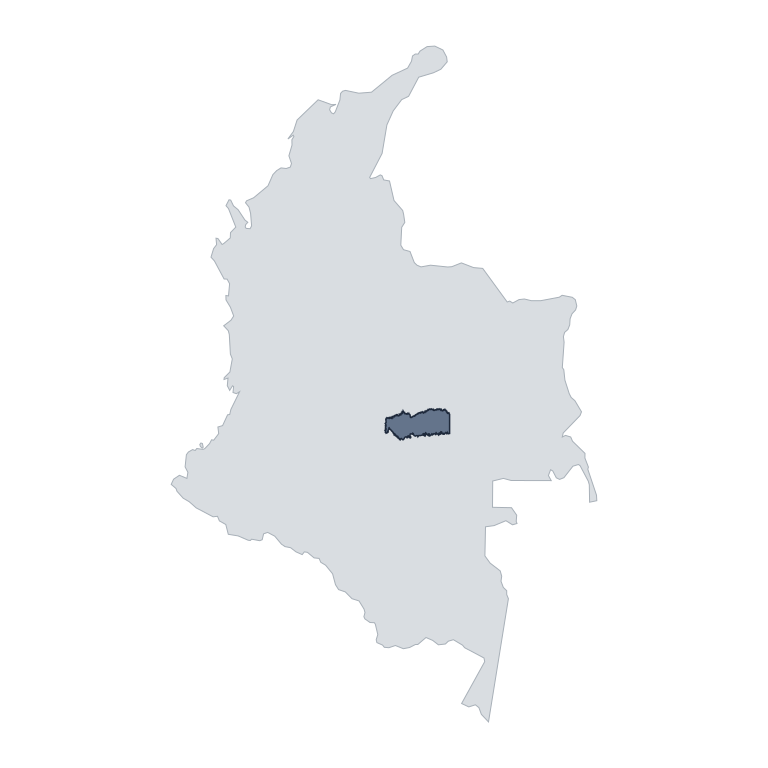 Mapiripán, Meta, Colombia (highlighted)
{"feature_id": "7082276B47302113121733", "entity_name": "Mapiripán", "entity_type": "district", "adm_level": 2, "iso_a3": "COL", "parent_name": "Colombia", "parent_adm1": "Meta", "projection": "natural_earth1", "projection_center": [-72.385, 3.106], "detail": "fine", "context": "in_parent", "style": "filled", "palette": "slate", "viewbox_px": 768, "rotation_deg": 0, "n_neighbors": 0, "source": "geoboundaries", "source_scale": "gbopen_adm2", "svg_char_len": 9603}
<svg xmlns="http://www.w3.org/2000/svg" viewBox="0 0 768 768"><path d="M440.9,69.2L433.4,72.8L418.7,77.2L408.6,96.3L401.7,99.6L393.2,110.9L386.9,124.9L382.1,153.4L369.6,177.5L370.6,178.6L375.6,177.5L380.3,174.9L382.0,175.7L383.7,179.9L389.5,181.0L394.0,200.5L402.7,210.5L403.6,214.3L404.8,222.4L401.7,227.3L400.8,245.2L403.5,249.7L410.0,251.5L414.3,262.6L417.0,265.2L421.0,266.9L430.5,265.2L447.7,267.0L451.8,266.7L461.4,262.9L473.6,267.6L482.7,268.4L507.2,302.0L509.7,301.1L512.8,303.0L519.0,299.6L524.4,299.0L531.4,300.7L540.7,300.7L559.3,297.2L562.1,295.3L572.3,297.3L575.3,299.7L576.8,306.0L575.6,309.9L572.0,313.8L570.1,318.8L569.7,324.9L567.9,329.5L564.6,332.4L563.4,336.6L564.1,342.2L562.3,367.6L563.8,369.7L564.9,380.1L569.2,393.6L571.2,397.5L574.9,400.7L581.5,411.8L580.0,415.6L563.2,433.0L562.3,437.0L565.5,435.4L570.7,437.0L572.5,441.2L585.0,453.4L584.9,458.0L588.4,467.1L587.8,469.2L596.5,495.2L596.8,500.7L589.6,502.2L589.3,484.8L588.3,481.2L580.1,465.7L578.4,464.5L572.9,466.2L563.9,477.7L559.6,479.4L556.3,477.8L552.8,471.0L550.6,469.7L548.4,475.5L551.2,480.6L511.2,480.5L503.4,478.4L492.7,481.0L492.5,507.3L511.5,507.7L516.7,515.2L516.2,521.4L517.0,523.5L512.5,524.8L505.9,520.7L494.1,525.6L485.5,526.8L484.9,555.9L490.1,563.1L500.2,570.9L501.7,576.2L501.0,581.2L503.3,587.4L506.7,590.7L506.7,594.5L508.4,598.7L488.5,721.9L481.4,714.4L478.9,707.6L475.4,704.8L468.8,706.9L461.6,703.5L484.7,661.7L484.0,658.0L464.6,647.7L462.6,645.2L453.4,639.7L448.3,641.2L445.4,644.0L438.4,644.8L432.7,640.4L426.0,637.5L417.8,644.5L415.4,644.5L409.6,647.5L403.4,648.7L395.4,645.5L388.9,647.7L384.3,647.3L382.6,645.1L376.9,642.6L376.2,639.7L377.8,634.6L375.4,624.4L374.4,622.7L370.0,622.5L364.9,618.9L363.9,616.7L365.0,612.5L364.0,609.0L359.0,600.9L352.0,598.7L345.3,591.9L338.6,589.6L335.5,584.7L332.6,573.8L325.6,565.2L320.8,562.3L319.1,558.4L314.1,557.9L307.4,552.3L304.3,551.9L302.2,554.6L295.9,551.8L290.6,547.7L285.0,546.6L281.4,544.1L274.8,536.2L267.7,532.4L263.6,533.8L262.2,539.7L259.8,540.7L251.6,539.2L250.3,540.5L248.1,540.2L238.1,535.9L228.3,534.3L225.8,524.5L219.4,520.9L217.5,516.3L213.1,516.8L196.2,507.9L189.2,501.7L183.2,498.2L177.0,491.3L176.0,488.5L171.2,484.4L173.6,479.2L179.4,475.3L186.9,478.4L187.9,472.3L185.1,466.9L186.4,454.7L188.4,452.0L192.6,449.6L195.2,450.5L196.8,448.5L203.0,449.4L204.8,448.6L209.5,443.7L211.6,439.8L213.7,440.2L218.7,433.6L217.9,427.0L222.6,425.6L227.6,414.8L229.7,414.5L230.9,409.4L239.6,391.7L236.4,393.7L233.0,392.5L233.6,386.5L232.5,385.8L229.7,390.4L227.3,385.7L228.0,378.1L224.0,379.5L224.2,377.7L229.9,372.0L232.3,358.9L230.4,354.1L229.3,334.5L228.3,330.7L223.7,325.8L231.0,320.2L233.7,316.0L230.4,307.2L226.0,299.9L225.9,295.5L228.5,295.9L229.6,283.7L227.1,279.1L224.1,279.0L214.4,260.9L211.0,257.2L213.6,248.6L216.6,244.7L216.0,238.2L217.9,238.5L222.1,244.5L223.8,243.5L230.3,237.9L230.5,232.6L235.8,227.1L228.5,208.6L226.0,205.7L229.0,199.8L230.7,200.1L233.5,205.9L238.1,209.7L244.9,220.0L247.8,222.3L245.7,224.6L245.2,227.0L246.2,228.4L250.1,228.7L251.6,225.9L250.6,213.4L249.0,207.1L245.5,202.7L246.6,200.8L253.6,197.8L268.0,185.8L272.9,174.6L276.7,170.6L281.0,167.9L286.2,168.5L290.3,167.1L291.5,163.5L288.9,155.8L292.0,145.1L291.9,139.7L293.9,136.5L293.2,135.2L287.9,139.0L293.4,131.5L297.1,120.0L318.1,99.8L331.7,104.7L336.0,104.4L330.4,106.9L329.6,109.8L331.5,112.9L333.6,113.8L335.3,111.8L339.9,100.0L340.6,93.4L342.6,91.2L345.5,90.4L358.8,93.2L371.5,92.2L392.1,75.3L407.6,68.1L411.5,61.2L412.5,56.0L415.3,54.0L418.2,54.0L420.0,51.1L427.1,46.6L434.8,46.1L442.9,50.0L446.6,57.0L447.2,61.8L440.9,69.2ZM203.2,447.2L202.2,448.1L200.4,446.5L199.8,444.5L200.9,443.0L202.4,443.5L203.2,447.2Z" fill="#d9dde1" stroke="#a8b0b8" stroke-width="1"/><path d="M386.5,418.0L386.5,418.5L386.4,418.6L386.2,419.0L385.9,419.0L385.8,419.7L386.0,420.1L385.9,420.7L386.2,422.2L385.2,423.5L385.4,423.8L385.6,423.8L385.7,424.6L385.9,424.7L386.0,425.0L385.6,425.5L385.8,425.6L385.7,425.9L385.8,426.0L385.5,426.2L385.7,426.6L385.4,428.1L385.7,428.4L385.8,428.3L386.0,428.7L385.7,429.0L385.9,429.1L386.0,429.5L385.8,429.9L385.4,430.1L385.5,430.3L385.2,430.5L385.5,430.7L385.6,431.2L385.6,431.5L385.4,431.6L385.3,431.9L385.5,432.0L385.5,432.4L385.8,432.5L386.1,433.2L386.9,432.7L387.2,432.8L387.7,432.4L387.7,431.9L388.0,432.0L388.2,431.9L388.0,430.9L388.3,430.0L388.9,429.4L388.8,429.0L388.9,428.8L388.9,428.0L389.1,427.8L389.3,428.1L389.3,429.0L390.4,429.3L390.7,429.9L391.4,430.4L391.6,430.9L392.0,431.1L392.0,431.3L392.4,431.6L392.6,431.7L392.9,432.3L393.1,432.4L393.2,432.9L393.4,432.9L393.5,433.3L393.8,433.3L393.9,433.6L394.3,433.7L394.0,434.0L394.1,434.8L394.8,434.6L395.0,434.8L394.9,435.3L395.2,435.6L395.4,435.7L395.6,435.3L395.8,435.7L396.1,435.5L396.5,436.4L396.8,436.3L396.9,436.6L397.2,436.5L397.4,436.8L397.2,437.0L397.5,437.2L397.7,436.9L397.9,437.7L398.3,437.5L398.4,438.1L399.0,438.3L398.9,438.4L399.1,438.5L399.1,438.8L399.7,439.1L399.7,439.3L400.0,439.1L400.2,439.3L400.2,439.1L400.5,439.2L401.1,438.6L401.5,438.5L401.9,439.1L403.0,439.8L403.9,439.0L404.7,437.5L405.5,436.9L406.5,436.9L407.0,437.8L407.7,437.6L408.0,437.0L407.8,436.2L408.2,435.8L408.6,436.0L409.4,437.4L410.0,437.9L410.5,437.9L410.8,437.2L410.7,436.8L410.1,436.2L410.0,435.2L410.2,434.1L410.9,433.7L412.2,434.2L412.6,433.2L413.2,433.5L413.8,435.1L414.4,435.7L415.5,436.1L416.4,435.6L417.1,435.6L417.6,435.8L417.9,436.7L418.5,435.9L418.9,435.5L420.4,435.6L422.4,435.0L423.3,435.3L423.6,434.5L423.5,433.9L422.5,433.9L423.6,433.6L424.3,433.7L424.7,434.0L424.9,434.6L424.7,435.9L425.0,436.1L425.8,434.6L425.7,433.9L425.4,433.2L425.6,432.8L426.3,433.4L426.8,434.3L427.9,435.2L428.4,434.7L428.4,433.9L429.1,433.8L429.3,434.3L428.7,435.7L429.5,436.0L430.1,435.8L430.3,435.3L430.9,434.9L432.2,435.0L432.3,434.6L431.8,434.1L431.9,433.8L433.2,434.4L433.8,433.6L434.1,433.6L435.0,433.9L435.4,434.6L435.8,434.6L436.1,434.3L435.9,433.0L436.1,432.7L436.8,433.5L437.6,434.0L438.6,435.0L439.0,433.8L438.9,433.3L439.2,433.1L439.5,433.0L439.8,433.3L439.8,434.4L440.2,434.3L440.8,432.9L440.6,432.2L440.9,431.7L441.6,431.9L441.8,432.4L441.8,433.7L442.4,434.0L442.6,434.0L443.2,433.3L443.5,433.4L443.7,434.2L444.5,434.1L444.8,433.3L445.1,433.1L445.6,433.1L445.9,432.5L446.2,432.7L446.9,433.8L447.4,433.4L447.5,432.6L448.2,433.6L448.5,433.8L448.8,433.8L449.2,433.4L449.6,433.4L449.6,414.3L449.2,414.0L449.1,413.5L448.8,413.4L449.0,413.3L448.9,412.9L448.5,413.1L448.2,412.9L447.7,413.3L447.5,413.1L447.5,412.8L447.3,412.9L447.0,412.1L446.7,412.1L446.5,411.9L446.5,411.5L446.7,411.2L446.3,411.0L446.0,410.8L446.1,410.6L445.9,410.2L445.6,410.2L445.3,409.9L445.2,410.3L444.9,410.1L444.5,410.3L444.6,410.2L444.3,410.1L444.4,409.8L444.0,410.0L443.6,409.8L443.4,410.3L443.2,410.2L443.3,410.0L442.9,410.2L443.0,410.5L442.6,410.8L442.2,410.5L441.9,410.6L441.5,410.0L441.2,410.0L441.2,409.3L440.9,409.4L440.7,409.7L440.6,409.3L440.3,409.1L440.3,409.3L440.1,409.1L439.8,409.3L439.2,409.1L439.0,409.4L438.7,409.2L438.2,409.5L438.0,409.4L437.9,409.0L437.4,409.0L437.4,409.3L437.1,409.1L436.9,409.4L436.7,409.2L436.2,409.6L436.2,409.9L435.3,409.8L435.2,410.1L434.4,410.4L434.2,410.2L433.7,410.3L433.6,409.9L433.5,410.1L433.1,409.8L432.7,409.8L432.4,409.3L431.9,409.4L431.4,409.0L431.2,409.4L430.4,409.5L430.1,409.0L429.5,409.0L429.2,409.1L429.0,409.6L428.5,409.6L428.4,409.9L428.0,409.7L427.9,410.5L427.7,410.6L427.3,410.6L427.3,410.4L427.1,410.4L426.6,410.9L426.6,411.2L426.0,411.3L425.8,411.8L425.6,411.4L425.5,411.6L425.1,411.4L425.1,411.7L424.9,411.7L424.5,412.2L424.3,412.2L424.3,412.5L423.9,412.8L423.7,412.6L423.4,412.9L423.2,412.6L423.1,412.4L422.9,412.4L423.0,412.1L422.8,411.9L422.6,412.3L422.6,412.1L422.3,412.1L422.2,412.4L421.6,412.2L421.6,412.4L421.4,412.5L421.0,412.2L420.8,412.4L420.4,412.5L420.4,413.0L419.4,412.7L419.1,413.0L418.7,413.0L418.7,413.3L418.5,413.6L417.9,413.4L417.8,413.7L417.5,413.8L417.4,414.1L416.9,414.3L416.7,414.2L416.2,414.7L415.9,414.6L415.6,414.8L415.4,415.4L414.9,415.4L414.6,416.2L414.4,416.2L413.9,415.9L413.1,416.5L412.8,416.4L411.9,417.3L411.6,417.3L411.0,417.6L410.5,417.4L410.4,417.0L410.5,416.7L410.3,416.6L410.1,415.4L410.1,415.0L409.6,414.3L409.3,414.2L409.0,414.0L408.9,413.7L408.8,413.9L408.3,413.9L408.2,413.8L407.9,414.0L407.8,413.8L407.4,413.9L407.4,413.6L407.1,413.9L406.6,413.7L406.3,414.1L406.1,414.0L406.3,413.9L406.2,413.8L405.8,413.6L404.8,413.7L404.6,413.1L404.2,413.1L404.1,412.9L404.1,412.6L403.7,412.2L403.9,412.1L403.4,411.9L403.4,411.6L403.1,411.0L402.9,411.9L402.4,411.7L402.4,412.0L402.1,412.1L402.4,412.4L402.1,412.5L402.2,413.3L401.6,413.3L401.6,413.6L401.3,413.6L401.4,413.8L401.2,413.8L401.3,414.1L401.0,413.8L400.9,414.1L400.7,413.9L400.5,414.1L400.6,414.4L400.3,414.3L400.3,414.6L399.8,414.4L399.9,414.6L399.7,415.2L399.1,415.3L398.7,415.0L398.8,415.2L398.8,415.8L398.5,415.8L398.1,415.3L398.0,415.6L397.6,415.3L397.4,415.6L397.1,415.7L397.0,415.4L396.8,415.4L396.8,415.0L396.6,415.0L396.8,414.9L396.8,414.6L396.5,414.6L396.1,415.0L396.1,415.4L395.7,415.3L395.4,415.6L395.4,415.4L395.1,415.5L395.0,415.4L394.7,415.6L394.9,416.2L394.8,416.3L394.6,416.1L394.4,416.6L393.9,416.3L393.7,416.6L393.9,416.8L393.6,416.9L393.5,417.3L393.4,416.9L393.0,416.9L393.1,416.7L392.9,416.4L392.6,416.6L392.7,417.4L392.4,417.3L392.2,417.7L391.9,417.2L391.8,417.4L391.9,417.6L391.6,417.5L391.6,417.9L391.4,417.7L391.2,418.1L391.0,417.9L390.7,418.0L390.9,417.7L390.7,417.8L390.8,417.5L390.2,417.3L390.0,417.7L389.7,417.8L389.5,417.7L389.5,418.1L389.2,418.2L389.2,417.9L388.6,418.0L388.5,417.7L388.5,418.1L388.2,418.1L388.2,417.9L387.7,418.0L387.3,417.8L387.3,418.1L387.1,418.2L386.9,417.9L386.5,418.0Z" fill="#64748b" stroke="#1e293b" stroke-width="1.5"/></svg>